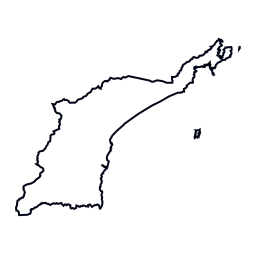 the district of Kusapín, Ngöbe Buglé, Panama, rotated 96°
{"feature_id": "35544464B37118693502086", "entity_name": "Kusapín", "entity_type": "district", "adm_level": 2, "iso_a3": "PAN", "parent_name": "Panama", "parent_adm1": "Ngöbe Buglé", "projection": "natural_earth1", "projection_center": [-81.617, 8.861], "detail": "fine", "context": "isolated", "style": "outline", "palette": "ink", "viewbox_px": 256, "rotation_deg": 96, "n_neighbors": 0, "source": "geoboundaries", "source_scale": "gbopen_adm2", "svg_char_len": 5695}
<svg xmlns="http://www.w3.org/2000/svg" viewBox="0 0 256 256"><g transform="rotate(96 128 128)"><path d="M112.1,205.5L114.1,204.1L115.4,203.9L115.8,202.8L116.9,202.9L117.4,202.3L118.5,202.3L119.7,201.4L120.5,200.4L120.7,197.6L122.8,195.4L125.7,195.6L126.8,197.2L128.1,196.4L129.1,197.2L130.1,196.5L131.9,196.0L133.3,196.9L136.0,196.3L139.1,201.7L139.7,200.9L141.1,200.6L142.0,201.3L142.5,203.3L143.6,204.2L148.9,204.0L149.8,204.6L150.2,205.6L153.6,206.5L154.5,207.3L157.0,208.1L159.5,210.1L160.6,213.4L161.7,214.5L162.8,214.2L166.2,215.2L167.8,214.5L168.7,215.1L169.8,214.8L170.5,214.1L171.8,214.0L172.9,214.4L173.4,215.5L174.3,214.2L174.3,213.0L175.2,212.1L176.3,210.2L176.5,208.9L177.8,208.0L179.2,207.6L180.2,208.2L182.2,210.5L184.0,210.6L184.6,210.1L186.1,210.8L189.2,214.2L191.3,215.6L193.5,219.0L194.6,222.5L196.4,225.2L197.3,225.8L198.8,225.4L199.7,225.7L201.0,224.7L203.3,223.8L205.2,224.4L206.4,224.3L207.2,225.0L208.1,225.0L208.5,226.6L209.4,227.1L209.8,228.6L211.0,228.9L211.4,229.8L212.4,230.5L213.6,230.2L214.4,230.5L216.7,230.2L218.1,231.0L220.0,230.9L221.8,230.4L221.7,229.5L222.9,227.9L226.0,227.2L224.9,219.4L224.3,217.8L223.8,217.5L223.8,216.7L222.4,215.8L220.8,216.1L220.3,215.7L219.6,216.2L219.2,216.1L218.8,215.6L219.1,215.3L218.7,215.0L218.1,213.4L216.7,212.3L216.6,211.0L214.0,208.6L213.3,207.3L212.3,206.9L212.4,205.9L211.4,205.4L211.7,204.0L211.0,202.5L211.9,200.5L211.7,199.5L212.7,197.3L211.1,195.3L211.1,194.4L210.6,194.0L210.9,192.0L210.2,191.2L210.7,189.5L209.6,186.4L210.4,186.0L212.1,184.0L210.6,182.9L210.5,182.2L211.3,181.1L210.8,180.3L210.2,180.1L210.5,177.7L211.0,177.1L211.9,177.3L213.9,176.5L213.8,175.4L213.3,174.6L214.0,173.0L213.0,171.3L210.5,171.2L211.5,167.6L210.6,167.1L210.5,165.3L209.8,164.9L209.8,163.1L210.3,162.1L210.3,159.4L208.9,159.7L208.0,157.9L210.2,155.6L208.1,153.0L208.0,151.5L207.2,150.5L207.8,148.9L210.5,147.8L211.1,147.4L210.8,147.0L209.0,146.1L206.2,145.6L203.9,145.7L201.6,146.7L199.4,146.4L198.4,147.2L196.8,147.3L194.4,146.8L193.7,147.2L193.5,148.3L192.3,149.5L192.6,149.7L189.8,149.4L189.5,150.7L189.6,149.8L188.9,149.2L187.0,149.3L185.1,148.5L183.1,148.5L182.8,149.1L181.1,149.7L181.1,149.4L179.2,148.8L178.0,149.6L176.3,149.0L175.7,148.0L175.2,148.3L173.1,147.1L170.1,144.9L169.4,145.7L169.4,147.4L168.1,148.7L167.8,150.6L167.7,149.3L168.3,148.2L169.2,147.4L169.1,146.6L168.9,147.0L168.3,147.6L169.0,146.8L169.0,145.6L169.6,144.6L163.2,143.6L161.8,145.6L159.2,146.0L157.2,145.5L152.2,143.1L152.1,142.7L150.9,143.3L149.8,142.5L149.0,143.2L146.3,141.9L145.7,142.6L145.6,142.3L144.5,142.7L144.2,143.9L141.7,144.7L137.1,142.7L131.8,138.6L125.3,132.6L124.4,132.2L112.8,119.1L103.0,106.2L98.1,98.4L92.2,90.4L87.6,82.0L87.5,79.8L86.9,78.8L87.1,78.2L85.7,76.8L85.8,76.0L83.3,76.5L82.1,74.6L80.7,73.7L80.1,74.2L79.5,74.0L76.4,70.8L76.3,68.4L75.7,68.1L74.0,68.7L72.3,68.7L71.2,68.4L71.0,67.6L69.3,67.2L68.0,68.2L67.2,67.6L66.1,67.9L65.9,67.5L65.5,67.8L64.3,66.6L64.8,65.2L63.0,67.8L62.5,68.1L61.2,67.5L61.3,68.4L60.7,68.4L60.0,67.2L60.7,67.2L61.0,66.5L60.4,66.3L60.4,65.4L60.0,65.1L60.0,63.3L58.8,60.8L59.1,60.4L58.9,59.8L59.4,59.8L59.5,59.2L59.3,58.4L58.8,58.7L58.2,58.6L58.2,58.2L57.4,58.4L57.6,57.4L56.9,57.3L57.0,56.6L57.4,56.5L57.3,55.6L56.7,55.4L57.0,54.3L56.4,54.2L56.0,54.6L55.8,54.0L55.2,54.1L54.3,53.5L56.0,53.2L56.2,52.7L57.2,52.7L57.7,53.2L58.9,53.1L59.3,52.9L58.8,52.7L58.9,52.2L61.3,51.5L62.0,50.4L59.6,50.2L59.2,49.8L59.4,49.0L58.0,47.3L56.3,47.3L53.4,45.2L52.8,43.3L51.9,42.8L50.4,40.6L50.0,38.4L48.8,37.9L46.4,33.6L45.0,34.1L44.6,33.3L43.4,32.9L42.0,33.1L40.5,34.0L40.3,33.3L39.2,33.1L36.8,33.6L36.6,33.9L37.2,35.6L37.1,37.2L37.6,37.6L37.8,39.5L38.2,39.4L40.3,41.2L40.9,40.3L42.7,40.1L43.6,41.1L44.5,40.8L45.6,40.9L46.4,41.7L47.7,41.4L48.1,42.2L49.1,42.1L49.2,43.2L48.1,44.2L47.0,43.7L46.4,44.3L47.1,45.0L46.5,46.7L44.3,46.1L43.7,46.4L43.7,45.3L40.9,44.5L40.3,45.1L41.2,46.1L40.3,46.8L37.9,45.6L36.1,43.3L35.3,43.7L34.5,45.1L32.2,45.5L31.8,44.5L32.5,43.4L32.0,43.0L30.8,44.2L30.0,47.0L31.5,47.5L32.1,48.7L33.2,49.0L33.8,49.8L36.1,50.7L37.9,52.5L38.4,53.8L38.8,53.0L39.4,53.1L40.3,54.1L40.9,54.1L41.7,54.9L41.6,55.4L42.1,56.2L43.6,57.5L44.1,57.2L44.4,57.5L44.0,58.9L45.3,59.0L47.6,60.9L48.1,61.6L48.0,62.5L48.6,62.9L48.6,64.1L49.2,64.9L50.4,65.2L51.0,66.5L51.1,67.8L50.4,69.9L51.8,71.3L52.7,71.3L53.4,72.9L54.8,73.5L55.6,74.4L56.1,76.2L57.6,77.4L59.5,79.9L60.5,80.3L61.1,80.0L62.5,81.1L63.4,80.8L65.1,81.3L65.1,81.9L65.8,82.5L68.2,82.9L68.6,84.0L69.9,84.4L70.7,84.1L72.5,87.2L72.7,89.6L75.5,89.2L76.3,88.6L78.3,88.6L79.0,93.9L77.8,98.7L77.5,104.0L79.3,107.6L79.5,108.9L78.5,112.1L76.3,133.0L78.2,136.0L77.7,137.8L79.2,139.5L80.0,139.8L79.4,143.1L80.6,147.2L79.9,150.7L80.4,151.2L81.9,151.3L82.4,152.2L83.7,153.1L83.9,153.6L83.4,154.3L83.8,156.1L85.6,157.8L87.2,158.4L89.0,158.3L90.6,159.2L91.8,159.2L91.4,160.5L89.5,161.9L91.2,163.2L92.4,165.1L92.6,167.4L96.1,168.9L98.4,172.1L99.5,172.4L100.7,173.4L101.6,175.5L103.2,176.4L105.1,180.8L107.3,182.1L108.6,183.8L108.4,185.0L109.0,188.4L108.4,189.3L107.2,190.0L106.5,192.5L106.8,193.8L105.9,194.7L107.8,196.7L108.5,198.6L109.3,199.3L109.3,200.7L109.8,201.7L112.2,203.0L112.1,205.5ZM124.6,56.2L122.1,56.5L122.7,57.2L123.1,58.4L123.2,60.6L124.8,59.9L125.5,60.3L126.7,60.1L126.8,60.4L127.9,60.2L128.5,60.6L129.3,60.4L129.9,60.9L131.0,60.6L129.4,58.6L129.8,58.1L129.3,58.1L129.4,57.5L129.0,57.8L128.9,57.5L129.4,57.4L129.4,57.1L128.3,57.1L128.3,56.6L127.1,56.3L127.4,56.6L126.0,57.4L124.6,56.2ZM66.3,48.6L66.0,48.0L65.0,48.7L65.5,48.9L66.3,48.6ZM63.6,50.0L64.4,49.8L64.0,49.4L63.6,50.0ZM37.9,25.7L37.2,25.3L36.9,25.7L37.9,25.7ZM35.8,25.2L34.9,25.0L36.0,25.4L35.8,25.2ZM59.5,48.4L59.4,48.0L59.0,48.1L59.0,48.3L59.5,48.4Z" fill="none" stroke="#020617" stroke-width="2"/></g></svg>